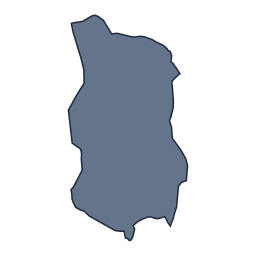 Dandi, Kebbi, Nigeria (Equal Earth projection)
{"feature_id": "59680162B35628626888177", "entity_name": "Dandi", "entity_type": "district", "adm_level": 2, "iso_a3": "NGA", "parent_name": "Nigeria", "parent_adm1": "Kebbi", "projection": "equal_earth", "projection_center": [3.827, 11.863], "detail": "fine", "context": "isolated", "style": "filled", "palette": "slate", "viewbox_px": 256, "rotation_deg": 0, "n_neighbors": 0, "source": "geoboundaries", "source_scale": "gbopen_adm2", "svg_char_len": 1846}
<svg xmlns="http://www.w3.org/2000/svg" viewBox="0 0 256 256"><path d="M111.6,33.8L103.3,20.2L98.2,16.5L95.5,15.4L93.8,15.4L91.6,16.1L89.0,17.6L85.3,19.8L82.8,21.3L79.8,21.9L75.6,22.4L71.3,23.4L73.3,32.9L80.8,57.6L83.8,69.4L84.1,83.2L75.9,96.4L71.1,105.3L68.4,110.0L69.5,119.8L70.9,131.6L71.2,134.4L72.2,143.1L80.7,149.2L81.6,153.9L81.3,158.6L82.1,169.5L81.8,171.0L80.2,173.8L79.4,175.7L78.6,177.1L77.8,178.6L73.9,186.1L72.9,187.6L72.7,187.8L72.4,188.1L72.1,188.5L71.9,188.7L71.8,188.8L71.7,188.9L71.7,189.0L71.4,189.3L71.0,189.6L71.3,191.2L71.6,193.2L71.9,195.7L72.0,198.7L72.6,200.6L73.4,202.8L75.6,207.2L77.1,208.2L78.5,209.0L80.3,209.9L83.8,211.1L85.5,212.4L89.3,216.0L114.9,230.5L120.7,231.3L124.0,231.2L125.5,238.0L127.7,238.4L128.3,239.7L128.8,240.1L129.8,240.6L131.4,239.6L132.7,237.1L134.7,229.0L133.1,225.6L137.4,221.8L139.1,220.8L140.4,220.2L142.8,219.0L144.7,218.3L147.9,217.0L151.3,217.0L154.1,218.0L157.1,218.8L160.0,218.2L161.7,217.6L164.8,216.6L167.6,222.1L170.3,226.1L173.4,218.0L174.0,215.1L174.8,212.6L176.6,206.9L178.4,186.4L181.5,182.3L183.3,181.7L186.4,180.6L186.6,176.6L187.6,165.8L185.8,158.8L181.1,150.4L172.4,138.4L171.5,127.0L171.3,126.5L169.5,120.8L169.5,120.0L170.6,118.1L173.4,107.0L173.2,103.9L173.4,99.0L173.1,97.5L172.2,84.8L171.8,83.1L172.3,80.9L174.3,78.8L177.6,75.5L179.9,73.7L176.3,68.0L175.1,66.7L174.9,66.5L174.7,66.2L174.4,65.7L174.2,65.4L174.1,65.1L174.0,64.9L173.9,64.6L173.8,64.3L173.5,64.1L173.3,63.8L173.1,63.5L172.7,63.2L172.3,62.7L171.9,62.5L171.7,62.1L171.1,61.8L170.8,61.4L171.4,58.7L171.6,55.6L170.9,53.7L170.4,51.9L169.9,51.3L169.2,50.9L168.5,50.7L168.0,50.5L167.8,50.1L167.6,49.7L167.4,49.2L167.0,48.7L163.3,45.3L156.3,42.1L155.0,41.3L152.8,39.9L147.8,38.0L143.9,36.7L140.6,36.3L137.7,36.6L134.2,37.1L130.7,36.6L117.3,33.3L111.6,33.8Z" fill="#64748b" stroke="#1e293b" stroke-width="1.5"/></svg>